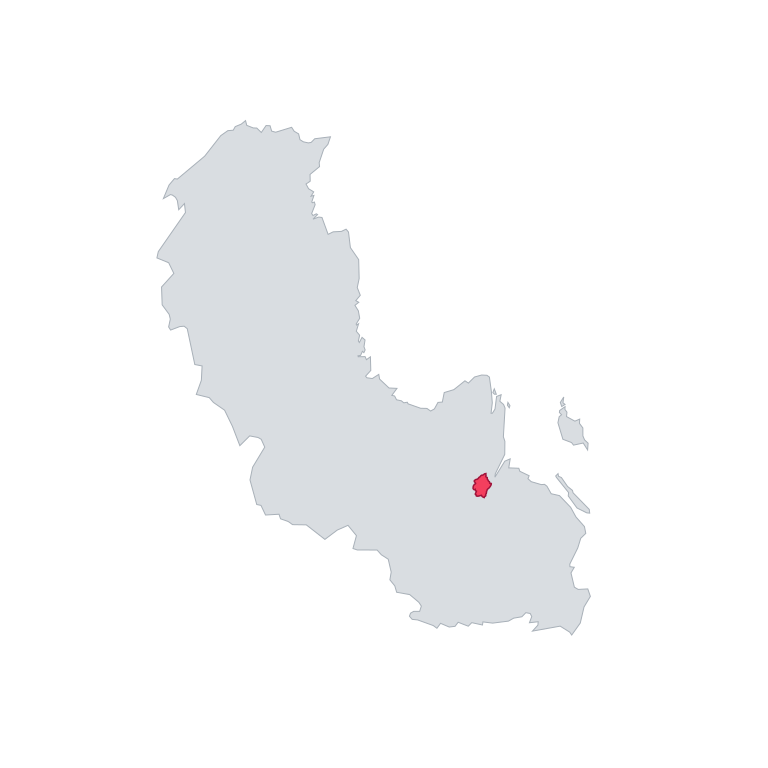 location of Finspång, Östergötland, Sweden, rotated 295°
{"feature_id": "70781695B24148973800204", "entity_name": "Finspång", "entity_type": "district", "adm_level": 2, "iso_a3": "SWE", "parent_name": "Sweden", "parent_adm1": "Östergötland", "projection": "robinson", "projection_center": [15.801, 58.843], "detail": "fine", "context": "in_parent", "style": "filled", "palette": "rose", "viewbox_px": 768, "rotation_deg": 295, "n_neighbors": 0, "source": "geoboundaries", "source_scale": "gbopen_adm2", "svg_char_len": 4870}
<svg xmlns="http://www.w3.org/2000/svg" viewBox="0 0 768 768"><g transform="rotate(295 384 384)"><path d="M190.5,507.0L193.0,512.4L198.5,511.7L200.9,507.8L204.0,496.3L200.6,483.5L205.6,479.1L209.0,472.1L216.6,470.0L227.0,461.9L228.1,453.8L230.6,447.9L222.3,429.9L221.8,425.4L234.9,423.1L240.7,411.1L231.9,403.4L218.2,396.1L223.5,373.1L217.9,360.6L218.9,355.3L218.1,347.2L221.6,343.9L215.2,332.0L222.0,323.8L221.0,319.6L240.4,303.1L253.1,300.1L276.4,302.6L282.0,296.1L282.3,292.5L280.2,284.2L267.2,279.4L281.6,264.5L292.9,250.6L295.2,237.2L297.8,231.4L295.2,218.3L310.2,216.9L323.5,211.5L321.7,204.3L351.0,182.3L351.9,178.4L349.7,174.6L342.7,167.8L344.7,164.7L352.5,162.9L356.3,159.9L362.0,149.5L377.9,141.4L395.4,146.8L402.9,137.6L402.3,124.9L408.6,123.5L455.5,131.6L463.2,126.9L455.2,124.3L462.9,119.2L465.1,116.1L465.8,112.4L465.4,110.4L458.8,105.7L473.5,105.1L481.6,107.3L482.4,110.1L514.7,125.2L540.1,131.1L547.6,135.4L550.3,140.1L554.4,140.4L559.2,144.8L564.2,147.2L560.4,150.3L560.8,157.3L562.2,160.5L560.1,166.5L568.4,167.9L569.9,171.6L565.7,175.3L566.4,179.4L577.6,191.8L575.1,195.8L574.6,200.9L569.9,204.6L569.4,208.5L570.5,213.5L572.2,215.9L577.0,217.6L585.4,231.0L577.5,231.9L571.3,230.1L557.2,231.7L553.8,233.7L542.7,228.4L536.6,231.4L532.3,228.8L529.1,233.1L528.4,239.1L523.3,238.5L525.3,240.8L518.4,241.6L518.0,242.5L519.5,244.0L517.4,245.8L507.9,246.4L506.7,248.4L509.6,250.7L509.5,252.2L503.4,250.0L507.7,254.3L508.7,257.4L496.0,270.1L500.4,273.6L504.3,280.9L508.3,284.2L506.7,287.6L493.4,295.9L486.0,308.5L469.1,316.9L460.1,319.0L454.4,325.0L447.6,323.2L447.4,326.6L443.0,324.4L439.5,329.8L433.3,334.2L426.6,333.4L425.8,334.2L427.9,335.5L420.1,336.6L417.9,341.3L412.1,342.6L411.2,344.1L417.0,344.4L415.9,348.2L409.3,350.1L406.9,352.5L403.9,352.5L404.5,350.6L400.0,350.7L398.6,348.5L397.8,349.1L400.8,355.3L398.6,357.8L402.9,360.2L390.7,366.3L383.3,364.0L382.4,365.8L384.0,371.1L390.5,375.2L386.6,377.9L382.5,390.2L385.5,397.6L377.0,395.9L377.6,398.7L375.0,402.0L376.1,406.8L375.3,409.9L377.3,412.8L376.2,414.2L377.5,427.5L380.0,433.2L379.2,437.7L382.7,440.2L390.1,440.7L392.3,444.5L401.7,442.2L408.4,449.7L421.1,456.0L420.5,460.1L428.6,463.1L433.4,468.7L435.4,473.6L434.8,476.6L422.4,484.6L412.7,490.1L402.7,493.4L403.3,494.6L408.2,495.2L420.3,491.3L423.8,494.7L417.3,496.3L416.0,501.0L413.3,503.9L386.6,514.5L383.1,517.8L371.2,523.2L349.7,522.8L346.4,523.9L365.1,526.1L369.5,530.0L360.7,532.5L364.6,541.8L362.3,544.0L362.2,554.3L359.0,554.5L357.7,558.7L359.3,569.1L360.9,571.9L360.2,574.9L355.2,581.9L357.0,590.2L351.1,605.3L344.6,614.2L339.5,625.9L333.9,630.0L327.3,627.5L317.3,628.9L299.3,628.5L297.0,629.7L298.3,633.9L291.8,633.3L280.3,642.4L279.9,646.8L284.4,655.3L278.7,660.8L266.5,659.5L250.3,662.9L235.8,660.2L237.6,657.2L239.0,646.0L222.8,623.0L230.5,625.4L233.7,624.2L229.1,616.7L235.7,616.2L237.8,613.5L236.7,609.2L231.3,607.3L226.6,600.5L221.7,597.0L213.2,583.5L210.2,574.2L207.2,575.1L204.8,564.4L200.1,562.7L199.4,551.9L194.4,550.8L191.3,545.8L191.0,536.4L185.0,535.2L185.9,530.7L184.4,514.2L182.6,509.0L184.3,505.2L187.5,504.9L190.5,507.0ZM440.0,557.7L437.4,558.7L435.8,561.7L431.6,563.2L431.0,572.7L434.9,576.2L430.9,577.8L428.2,582.8L421.0,586.2L418.1,589.4L416.6,594.0L410.3,596.4L414.7,589.5L408.7,581.6L410.2,578.7L409.5,569.5L422.4,558.0L428.4,556.6L431.2,557.9L432.3,555.0L434.2,554.4L440.0,557.7ZM357.1,623.0L353.9,625.0L352.9,622.2L353.2,611.3L360.4,598.3L363.6,597.2L372.3,579.6L373.2,578.5L376.3,579.6L374.1,581.2L374.2,584.3L368.7,593.7L367.2,599.8L365.3,601.3L357.1,623.0ZM442.6,554.1L442.0,556.7L438.7,554.6L441.8,551.6L448.2,552.4L442.6,554.1ZM426.2,486.0L422.2,490.1L421.4,488.4L422.2,486.3L426.2,486.0ZM417.6,507.3L415.4,507.6L416.9,504.8L419.7,504.1L417.6,507.3Z" fill="#d9dde1" stroke="#a8b0b8" stroke-width="1"/><path d="M327.8,523.0L328.9,522.8L329.4,522.4L330.4,522.4L331.9,522.2L332.9,522.5L333.8,523.0L334.7,523.3L336.3,523.6L337.9,523.7L339.0,523.4L339.2,523.0L339.1,522.7L338.7,522.3L338.7,521.8L339.0,521.5L339.8,521.0L340.0,520.8L340.2,519.6L340.8,519.1L341.0,518.7L341.3,518.0L341.6,517.7L342.3,517.4L342.8,517.1L342.9,516.5L342.8,516.0L343.1,515.4L343.6,515.2L344.3,515.1L344.7,514.7L345.4,514.4L345.9,514.2L345.1,513.1L344.1,512.6L343.1,512.0L342.7,511.1L341.7,510.5L340.4,510.2L339.6,509.6L337.9,509.2L336.9,508.6L336.6,507.9L335.6,507.2L334.7,506.7L333.7,507.1L333.4,507.9L332.8,508.9L332.4,509.1L331.9,508.9L331.3,508.4L330.5,508.2L329.3,508.1L329.1,508.1L328.2,508.4L327.2,508.7L326.7,509.2L326.6,509.5L326.3,510.0L326.5,510.8L327.1,511.2L326.0,512.0L325.9,513.1L324.3,513.2L322.8,513.2L322.3,514.6L322.0,514.8L321.7,514.8L321.6,515.7L321.9,516.2L322.2,516.8L322.7,517.5L323.4,518.2L323.7,518.6L324.3,519.4L323.6,520.3L323.4,521.0L323.4,522.8L323.9,522.8L324.7,522.8L325.4,523.4L326.1,523.3L326.6,522.9L327.3,522.8L327.8,523.0L327.8,523.0Z" fill="#f43f5e" stroke="#9f1239" stroke-width="1.5"/></g></svg>